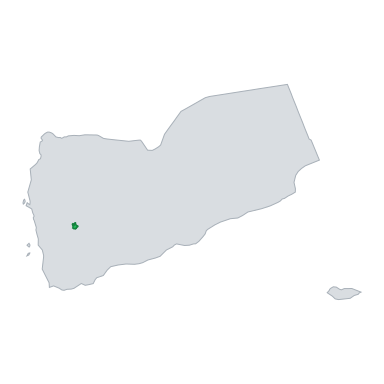 Dhamar City, Dhamar, Yemen (highlighted)
{"feature_id": "15242507B10067021496798", "entity_name": "Dhamar City", "entity_type": "district", "adm_level": 2, "iso_a3": "YEM", "parent_name": "Yemen", "parent_adm1": "Dhamar", "projection": "robinson", "projection_center": [44.393, 14.606], "detail": "fine", "context": "in_parent", "style": "filled", "palette": "green", "viewbox_px": 384, "rotation_deg": 0, "n_neighbors": 0, "source": "geoboundaries", "source_scale": "gbopen_adm2", "svg_char_len": 3673}
<svg xmlns="http://www.w3.org/2000/svg" viewBox="0 0 384 384"><path d="M319.4,160.1L305.3,165.8L301.6,168.4L298.2,171.5L295.7,175.4L294.0,182.4L295.4,188.7L295.3,192.1L291.7,194.3L288.3,195.9L284.5,198.4L282.2,199.0L280.3,201.0L278.1,202.3L270.2,205.9L261.6,208.7L247.9,212.0L242.6,215.5L237.8,218.0L230.4,218.7L220.4,222.1L214.8,224.9L207.8,229.3L206.3,230.7L205.1,234.0L202.9,236.8L198.8,241.4L195.6,243.8L193.5,243.9L189.4,245.2L184.6,245.5L176.5,243.9L174.4,245.0L172.7,246.8L166.4,250.0L160.1,256.3L155.4,258.0L147.9,260.0L142.6,262.7L139.1,263.7L134.5,264.3L126.1,264.0L118.1,265.0L110.7,266.7L107.2,270.1L103.3,275.5L96.8,277.7L95.2,279.6L93.2,283.6L89.0,284.6L85.2,285.3L81.3,283.5L74.0,288.3L71.2,289.1L67.0,289.3L64.1,290.3L61.9,290.0L59.2,288.2L53.6,285.9L49.4,287.4L49.1,282.8L42.2,269.1L43.6,257.0L43.6,255.3L42.3,250.0L38.2,245.1L38.3,238.9L37.0,234.4L35.9,229.9L36.2,228.6L36.3,227.5L34.2,220.5L33.5,219.1L33.3,217.6L34.0,216.5L33.9,215.2L32.8,213.0L31.7,208.9L26.1,205.7L27.2,202.7L28.3,203.7L29.8,204.6L30.1,202.7L30.1,201.2L27.8,192.1L31.3,179.9L30.2,169.0L35.4,164.6L36.8,163.2L37.5,162.1L38.8,159.6L40.5,158.7L41.1,156.1L41.0,154.8L39.9,153.7L39.1,150.6L39.4,146.7L39.7,145.1L40.2,142.1L42.1,141.0L42.5,140.1L41.1,138.3L41.2,137.1L44.4,134.0L45.6,133.1L47.6,132.1L49.2,132.1L51.0,132.7L52.6,133.5L54.2,135.1L55.9,136.9L58.5,137.6L60.2,137.5L61.6,138.3L62.8,137.8L64.2,136.9L66.4,136.9L68.3,135.9L73.9,135.4L79.3,135.7L84.9,134.8L90.5,134.9L96.2,135.0L97.4,135.1L98.7,135.6L103.5,138.4L107.1,139.0L114.4,139.8L122.1,140.6L128.8,141.3L134.6,140.6L139.3,140.1L140.6,140.2L142.0,141.9L144.9,146.2L147.6,150.2L152.3,150.4L155.3,148.9L158.6,146.8L160.6,145.1L163.0,138.5L164.5,134.3L167.9,129.5L170.8,125.5L174.7,120.2L176.8,117.2L181.0,111.4L185.0,109.2L192.8,104.8L200.3,100.5L205.3,97.7L209.5,96.5L216.6,95.4L224.9,94.1L233.2,92.8L242.1,91.4L251.9,89.9L258.7,88.8L267.3,87.5L274.5,86.4L280.9,85.4L287.4,84.4L288.7,87.6L290.0,90.8L291.3,94.0L292.5,97.3L293.8,100.5L295.1,103.7L296.4,106.9L297.6,110.1L298.9,113.4L300.2,116.6L301.5,119.8L302.8,123.0L304.0,126.2L305.3,129.5L306.6,132.7L307.9,135.9L309.1,139.0L311.1,140.1L312.4,143.1L314.1,147.3L315.9,151.6L317.6,155.8L319.4,160.1ZM339.8,289.4L341.5,289.8L344.2,288.6L351.8,288.5L361.0,292.1L359.2,293.0L358.2,294.3L354.2,295.5L350.2,298.3L338.6,299.6L335.2,298.9L332.4,296.2L327.2,292.7L329.2,290.5L329.6,289.5L330.4,288.5L333.3,286.8L336.3,287.1L339.8,289.4ZM29.7,246.3L29.3,247.0L28.8,246.9L27.0,245.2L29.0,243.3L30.0,245.0L29.7,246.3ZM24.2,203.4L23.3,204.1L23.0,202.9L23.6,200.1L24.6,199.3L25.2,201.3L24.8,202.5L24.2,203.4ZM28.8,255.0L26.9,255.9L28.2,253.4L29.5,252.9L29.9,253.0L28.8,255.0Z" fill="#d9dde1" stroke="#a8b0b8" stroke-width="1"/><path d="M75.0,222.9L74.9,222.9L74.8,223.0L74.7,223.2L74.5,223.3L74.3,223.5L74.2,223.7L74.1,224.0L74.1,224.5L74.1,224.8L74.0,224.7L73.9,224.7L73.6,224.9L73.3,224.8L73.2,224.7L73.2,224.4L73.2,224.1L73.1,223.8L72.9,223.7L72.8,223.8L72.6,223.9L72.4,224.2L72.4,224.4L72.4,224.5L72.6,224.9L72.6,225.0L72.7,225.3L72.8,225.8L73.0,226.1L73.1,226.3L73.0,226.8L73.0,227.1L73.0,227.4L72.9,227.8L72.8,228.0L73.0,228.1L73.4,228.4L73.7,228.6L73.8,228.7L74.0,228.6L74.4,228.5L74.8,228.5L74.9,228.8L75.0,228.9L75.1,229.0L75.3,229.0L75.4,228.9L75.5,228.8L75.7,228.7L75.8,228.5L75.9,228.4L76.0,228.4L76.3,228.3L76.3,228.2L76.3,227.9L76.3,227.7L76.4,227.4L76.5,227.3L77.3,227.1L77.7,226.7L77.8,226.4L77.9,226.2L77.7,226.0L77.6,225.9L77.4,225.8L77.0,225.7L76.8,225.6L76.7,225.6L76.4,225.5L76.3,225.3L76.1,225.0L76.1,224.9L75.8,224.5L75.5,224.2L75.5,223.8L75.6,223.4L75.5,223.1L75.4,223.0L75.4,222.8L75.2,222.8L75.0,222.9Z" fill="#22c55e" stroke="#15803d" stroke-width="1.5"/></svg>